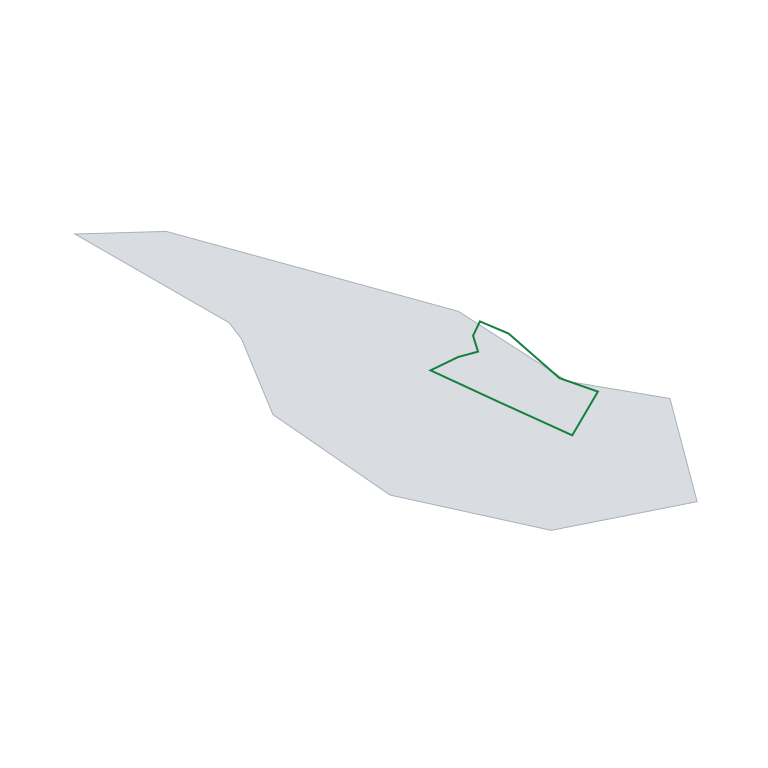 Ngchesar highlighted on a map of Palau, rotated 277°
{"feature_id": "PLW-5255", "entity_name": "Ngchesar", "entity_type": "state/province", "adm_level": 1, "iso_a3": "PLW", "parent_name": "Palau", "parent_adm1": "", "projection": "robinson", "projection_center": [134.604, 7.467], "detail": "fine", "context": "in_parent", "style": "outline", "palette": "green", "viewbox_px": 768, "rotation_deg": 277, "n_neighbors": 0, "source": "natural_earth", "source_scale": "10m", "svg_char_len": 503}
<svg xmlns="http://www.w3.org/2000/svg" viewBox="0 0 768 768"><g transform="rotate(277 384 384)"><path d="M404.4,669.6L305.4,709.1L259.1,567.7L274.5,403.6L340.1,277.5L411.4,237.1L426.0,222.7L495.2,58.9L508.9,149.2L465.2,448.9L409.0,565.5L404.4,669.6Z" fill="#d9dde1" stroke="#a8b0b8" stroke-width="1"/><path d="M457.8,471.6L449.2,501.6L411.2,557.5L402.5,597.2L356.0,577.1L380.4,499.4L403.2,428.5L419.9,454.4L427.6,473.4L442.8,466.5L457.8,471.6Z" fill="none" stroke="#15803d" stroke-width="2"/></g></svg>